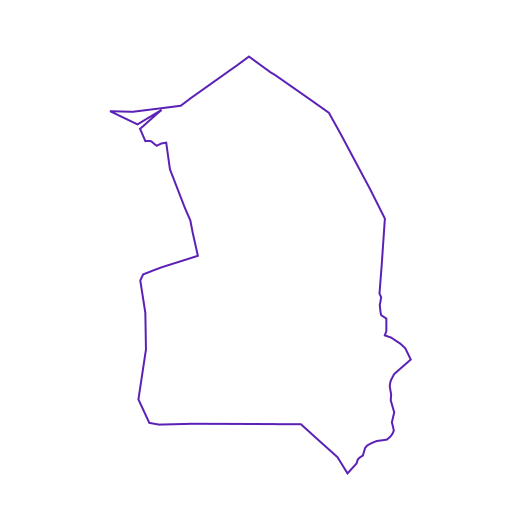 Teotongo, Oaxaca, Mexico, rotated 192°
{"feature_id": "50627088B1366464462035", "entity_name": "Teotongo", "entity_type": "district", "adm_level": 2, "iso_a3": "MEX", "parent_name": "Mexico", "parent_adm1": "Oaxaca", "projection": "albers", "projection_center": [-97.542, 17.746], "detail": "fine", "context": "isolated", "style": "outline", "palette": "violet", "viewbox_px": 512, "rotation_deg": 192, "n_neighbors": 0, "source": "geoboundaries", "source_scale": "gbopen_adm2", "svg_char_len": 1404}
<svg xmlns="http://www.w3.org/2000/svg" viewBox="0 0 512 512"><g transform="rotate(192 256 256)"><path d="M88.4,132.0L94.2,142.8L95.0,148.6L97.1,153.8L98.1,156.4L98.4,159.7L98.1,162.9L96.3,169.3L83.1,186.9L88.3,193.6L90.8,196.8L96.5,200.2L106.9,204.3L113.5,205.1L112.9,209.7L115.5,221.9L121.2,224.1L122.4,226.6L124.7,233.5L124.8,237.0L125.0,241.6L125.3,242.1L127.4,244.9L131.2,273.5L137.0,314.3L137.7,319.4L159.1,346.1L166.9,355.3L198.5,392.9L198.9,393.4L199.1,393.6L211.3,407.6L214.4,411.2L225.1,415.8L239.3,421.9L275.5,437.2L279.8,438.6L304.4,449.6L315.2,437.4L319.9,432.4L352.3,397.2L360.9,387.3L406.6,371.4L428.9,367.3L399.3,360.1L378.7,379.3L382.6,374.2L388.3,366.5L393.7,359.1L395.9,356.3L391.1,349.6L388.1,345.3L386.6,345.9L384.3,346.3L382.3,346.4L379.0,344.6L376.1,343.2L371.9,346.4L367.4,348.2L361.8,332.8L358.2,322.9L335.6,288.3L327.6,277.1L323.2,266.6L312.9,244.1L345.7,225.5L354.3,220.0L355.3,219.3L362.6,214.5L364.1,208.0L352.4,177.3L344.2,141.7L341.2,91.3L325.7,70.6L315.9,70.9L292.0,76.6L291.2,76.8L290.5,77.0L290.2,77.0L283.8,78.6L283.0,78.7L265.0,82.5L252.1,85.2L202.6,95.5L201.6,95.7L201.3,95.7L177.1,100.8L159.6,90.6L134.5,76.2L121.3,62.4L114.5,74.0L114.1,78.3L112.3,80.8L110.0,83.0L109.4,90.8L107.8,93.8L104.1,97.0L99.5,100.1L93.6,102.2L89.8,103.6L87.0,107.3L85.5,110.7L84.9,113.8L86.3,117.1L88.5,121.5L88.3,131.9L88.4,132.0Z" fill="none" stroke="#5b21b6" stroke-width="2"/></g></svg>